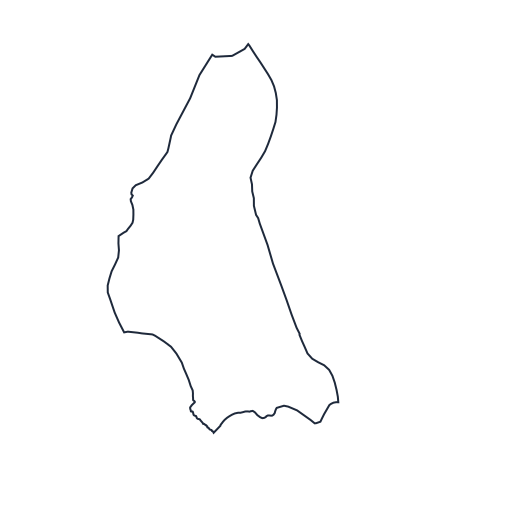 the district of Al Musaymir, Lahij, Yemen, rotated 215°
{"feature_id": "15242507B89977564794878", "entity_name": "Al Musaymir", "entity_type": "district", "adm_level": 2, "iso_a3": "YEM", "parent_name": "Yemen", "parent_adm1": "Lahij", "projection": "natural_earth1", "projection_center": [44.562, 13.43], "detail": "fine", "context": "isolated", "style": "outline", "palette": "slate", "viewbox_px": 512, "rotation_deg": 215, "n_neighbors": 0, "source": "geoboundaries", "source_scale": "gbopen_adm2", "svg_char_len": 3754}
<svg xmlns="http://www.w3.org/2000/svg" viewBox="0 0 512 512"><g transform="rotate(215 256 256)"><path d="M104.7,183.4L108.2,187.6L113.2,192.5L118.8,197.4L124.7,201.7L130.8,204.7L137.5,205.6L144.3,204.6L151.0,204.1L157.9,205.7L163.6,209.2L169.5,212.7L175.2,216.4L175.6,217.3L181.6,220.5L193.2,228.4L205.9,237.6L218.5,246.4L237.7,259.5L252.9,271.7L271.5,284.7L276.0,288.3L279.5,289.7L286.5,295.9L290.9,302.1L296.1,306.7L300.4,312.4L305.4,317.0L307.6,324.0L307.9,331.8L308.1,339.5L308.7,347.1L310.4,354.8L312.4,362.3L314.6,369.7L316.9,376.9L320.2,383.4L323.9,389.5L328.3,395.7L333.3,400.9L338.5,405.3L344.2,408.9L350.4,411.8L357.0,414.5L363.4,417.1L369.5,419.4L376.0,422.0L382.2,424.6L383.9,425.1L384.1,419.1L390.0,406.9L390.5,406.1L403.6,395.9L407.3,395.8L406.1,371.8L400.4,347.4L396.8,318.4L394.6,305.9L393.8,304.2L389.5,293.9L388.2,290.4L388.2,288.8L388.3,280.8L388.2,273.2L388.0,265.2L388.3,257.8L391.2,251.1L395.1,245.0L395.9,240.6L394.5,236.4L393.3,235.1L391.6,234.8L391.2,232.8L391.3,230.7L389.9,229.1L386.5,226.9L383.0,223.6L380.1,219.5L379.4,218.4L377.4,215.3L376.2,212.4L376.1,208.8L376.4,204.6L376.4,202.0L377.7,199.4L380.0,193.5L375.9,187.4L371.5,182.0L368.0,175.7L366.6,168.1L365.5,160.7L363.2,153.6L360.6,146.8L356.5,141.1L350.6,136.9L344.9,132.7L339.3,128.6L330.1,123.0L320.2,117.8L317.5,120.6L317.4,120.6L308.9,125.3L305.0,127.2L296.3,132.1L295.6,132.4L293.0,132.8L282.2,133.2L273.5,132.9L265.2,130.4L255.6,126.1L250.5,122.4L245.4,119.3L240.0,115.9L234.9,112.0L230.8,109.6L230.7,109.5L229.6,108.2L228.7,107.1L228.2,106.3L227.9,105.9L227.4,105.1L226.6,104.2L225.6,102.9L225.1,102.2L224.8,101.9L224.3,101.8L223.9,101.8L223.5,101.8L223.4,101.8L223.0,101.7L222.5,101.5L222.3,101.2L222.3,100.9L222.3,100.6L222.4,100.3L223.1,96.7L223.0,96.1L223.1,95.6L223.1,94.8L223.1,94.4L223.0,94.0L222.8,93.8L222.5,93.4L222.3,93.2L221.9,92.8L221.6,92.6L221.1,92.3L220.8,92.0L220.5,91.7L220.4,91.6L220.2,91.4L219.9,91.4L219.7,91.5L219.2,91.9L219.0,92.1L218.8,92.2L218.6,92.2L218.0,91.8L217.7,91.6L217.5,91.4L217.2,91.2L216.9,90.8L216.5,90.5L216.1,90.2L215.8,90.0L215.4,90.0L214.9,90.0L214.3,90.2L213.7,90.3L213.3,90.5L212.9,90.3L212.5,90.0L212.1,89.7L211.7,89.4L211.1,89.2L210.8,89.2L210.3,89.2L209.7,89.4L209.3,89.6L209.0,89.8L208.5,89.9L208.2,89.9L207.9,89.9L207.5,89.6L207.2,89.5L206.8,89.4L206.3,89.3L205.5,89.1L205.1,89.0L204.7,88.9L204.4,88.8L204.0,88.7L203.7,88.6L203.4,88.4L203.2,88.2L202.9,88.2L202.7,88.5L202.3,88.7L201.8,88.7L201.4,88.7L201.0,88.6L200.7,88.6L200.4,88.5L200.1,88.5L199.9,88.7L199.8,88.8L199.6,88.8L199.3,88.7L199.2,88.6L198.9,88.5L198.7,88.5L198.3,88.5L198.1,88.3L198.0,88.1L197.8,87.9L197.6,87.8L197.4,87.7L197.2,87.7L197.0,87.8L196.8,87.9L196.6,88.0L196.3,88.0L196.0,87.9L195.6,87.8L195.2,87.6L194.9,87.5L194.6,87.4L193.9,87.5L193.6,87.6L193.2,87.7L192.8,87.9L192.6,87.9L192.2,87.8L191.8,87.5L191.6,87.4L191.4,87.5L191.1,87.5L190.6,87.6L189.3,86.9L187.8,96.5L188.1,97.2L188.1,98.9L188.0,99.8L188.0,101.1L187.7,103.8L186.9,106.9L185.9,109.5L184.6,112.3L183.1,114.8L180.9,117.2L180.0,117.9L179.0,118.5L177.3,120.4L175.6,122.5L174.0,123.7L173.0,124.3L172.0,124.8L171.5,125.5L171.0,126.2L170.6,126.4L169.9,127.2L169.1,127.3L168.3,127.3L167.1,127.3L165.1,126.8L163.5,126.4L161.8,126.4L160.5,126.3L159.2,126.5L158.6,126.6L157.8,126.8L156.6,127.9L156.0,128.9L155.6,129.8L155.6,130.7L154.8,132.2L154.4,132.5L154.1,132.7L153.1,133.3L152.1,133.8L151.3,134.4L151.0,135.0L150.6,136.0L150.6,137.1L150.6,138.2L151.1,139.4L151.4,140.4L151.8,142.0L151.9,143.2L151.9,143.5L147.2,149.4L143.7,150.9L143.2,151.1L133.8,153.1L118.8,153.0L117.8,153.0L117.5,153.0L111.9,152.6L110.8,153.6L108.2,157.2L108.8,160.8L109.5,165.5L110.4,176.0L109.8,177.8L108.4,180.3L106.5,182.2L105.6,182.8L104.7,183.4Z" fill="none" stroke="#1e293b" stroke-width="2"/></g></svg>